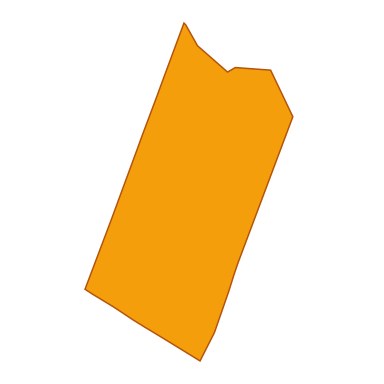 the district of Putnam, New York, United States of America, rotated 118°
{"feature_id": "52423323B74073307510671", "entity_name": "Putnam", "entity_type": "district", "adm_level": 2, "iso_a3": "USA", "parent_name": "United States of America", "parent_adm1": "New York", "projection": "equal_earth", "projection_center": [-73.677, 41.424], "detail": "fine", "context": "isolated", "style": "filled", "palette": "amber", "viewbox_px": 384, "rotation_deg": 118, "n_neighbors": 0, "source": "geoboundaries", "source_scale": "gbopen_adm2", "svg_char_len": 595}
<svg xmlns="http://www.w3.org/2000/svg" viewBox="0 0 384 384"><g transform="rotate(118 192 192)"><path d="M47.4,275.9L46.6,278.4L103.9,270.7L124.1,267.9L165.6,262.5L176.8,260.9L254.1,250.3L328.1,240.8L328.9,232.2L330.3,207.5L332.6,184.0L332.7,182.3L333.0,178.0L333.6,169.3L333.6,167.9L333.7,166.1L333.7,165.7L333.8,164.4L334.1,159.1L334.7,148.7L334.7,148.3L334.7,147.8L334.8,146.9L334.9,146.1L334.9,145.5L337.4,105.6L305.5,106.2L261.9,113.0L245.4,116.1L233.0,118.1L78.2,138.3L47.5,179.8L61.8,212.2L69.4,216.9L60.3,255.8L47.4,275.9Z" fill="#f59e0b" stroke="#b45309" stroke-width="1.5"/></g></svg>